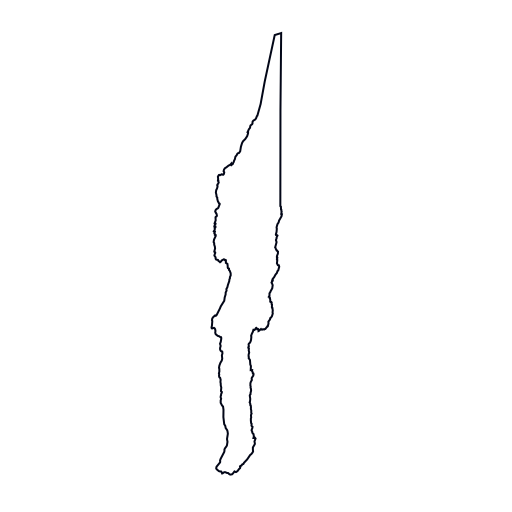 outline of Hrunamannahreppur, Suðurland, Iceland, rotated 302°
{"feature_id": "244011B85072287894251", "entity_name": "Hrunamannahreppur", "entity_type": "district", "adm_level": 2, "iso_a3": "ISL", "parent_name": "Iceland", "parent_adm1": "Suðurland", "projection": "equal_earth", "projection_center": [-19.797, 64.432], "detail": "fine", "context": "isolated", "style": "outline", "palette": "ink", "viewbox_px": 512, "rotation_deg": 302, "n_neighbors": 0, "source": "geoboundaries", "source_scale": "gbopen_adm2", "svg_char_len": 6092}
<svg xmlns="http://www.w3.org/2000/svg" viewBox="0 0 512 512"><g transform="rotate(302 256 256)"><path d="M59.5,351.7L61.9,351.9L62.0,353.3L62.2,353.6L63.8,354.3L66.4,354.5L67.6,354.9L68.3,354.7L68.9,354.0L69.4,353.9L69.9,354.1L70.4,354.7L72.1,354.8L72.9,355.5L74.3,355.4L78.8,356.3L84.2,356.5L85.5,357.0L87.5,357.2L88.7,357.1L90.1,356.0L92.0,354.8L95.7,354.7L96.4,354.4L97.9,353.0L101.0,352.3L101.4,351.1L100.6,350.8L100.3,350.3L102.0,349.7L103.7,348.2L103.8,347.4L104.2,346.5L105.2,345.7L105.6,344.8L106.4,344.4L108.0,344.1L109.3,343.6L109.4,342.8L109.7,342.1L111.4,341.2L111.7,340.4L113.8,338.8L115.4,337.8L116.5,337.5L118.0,336.3L119.2,335.8L120.0,335.8L120.6,335.0L122.4,333.9L123.6,332.7L125.0,331.9L126.3,330.9L126.5,330.7L126.5,330.2L127.8,329.3L128.6,328.1L129.2,328.1L131.7,326.9L134.3,324.7L134.9,324.5L135.9,324.6L136.8,324.0L139.2,323.2L140.7,322.1L141.4,321.2L142.7,320.5L143.1,319.9L145.3,318.6L146.7,318.3L148.7,318.2L149.5,317.4L150.5,317.0L153.1,317.1L154.6,316.5L155.0,316.0L154.8,315.5L155.8,314.6L156.3,313.6L157.2,313.2L156.4,312.0L160.0,310.0L160.9,308.7L164.6,306.0L165.5,303.9L166.5,303.5L167.2,302.7L168.7,301.9L170.5,301.4L172.3,299.7L173.7,299.1L174.2,298.5L174.1,298.1L174.6,297.8L175.6,297.8L177.2,296.5L177.9,296.4L179.2,296.8L180.6,296.7L182.1,296.3L185.0,294.9L185.6,294.2L187.8,293.7L190.0,293.5L192.1,292.9L192.4,293.4L192.2,293.7L192.5,293.9L193.4,294.2L194.7,294.1L195.2,294.3L195.1,295.0L194.6,295.8L195.2,296.4L195.1,296.9L193.7,297.9L194.2,298.2L196.6,298.9L196.5,299.1L196.8,299.8L196.7,300.2L197.6,300.7L197.9,301.3L197.9,301.8L198.8,302.2L199.1,302.6L201.3,302.8L202.0,303.1L202.4,302.9L202.8,303.2L205.3,302.4L206.9,301.3L209.7,301.5L210.2,301.2L211.2,301.0L211.8,301.4L213.5,301.4L216.1,300.7L217.1,299.8L218.5,299.2L220.6,297.5L220.6,297.1L220.9,297.0L221.0,296.6L223.3,295.3L223.5,294.7L224.9,293.9L225.1,293.3L224.7,292.6L224.8,292.3L226.3,291.4L227.3,290.4L227.7,290.2L228.0,289.8L227.8,289.6L228.3,289.1L228.2,288.5L229.6,288.4L231.5,287.2L232.8,287.3L233.4,287.1L237.2,286.9L240.1,285.6L241.4,283.9L241.6,283.3L242.7,283.2L243.9,283.3L244.1,283.2L243.8,282.7L245.3,282.3L247.7,282.6L250.6,282.4L252.6,282.7L254.6,282.2L255.5,282.5L259.2,281.4L260.2,280.3L259.8,279.4L260.9,277.6L263.5,276.4L264.2,275.9L264.1,275.6L264.5,275.3L265.9,275.0L266.1,274.8L266.0,274.4L266.4,274.1L267.4,273.7L269.6,273.3L271.4,272.3L271.5,271.4L271.8,271.0L271.6,270.6L272.4,269.2L273.2,268.3L273.4,267.7L278.4,266.2L279.3,265.5L279.6,264.9L280.2,264.4L281.9,264.1L282.7,263.6L284.7,263.4L284.8,263.2L284.6,262.8L284.8,262.1L284.5,261.7L284.8,261.4L287.2,260.7L290.2,259.2L290.8,258.5L291.7,258.1L294.4,257.3L296.1,257.4L297.1,257.2L298.2,256.8L303.1,256.6L305.0,255.9L304.7,255.4L304.8,255.2L307.3,254.2L307.6,253.6L308.5,253.2L308.7,252.6L311.1,250.9L311.2,250.2L392.9,199.3L458.4,159.2L453.3,154.8L408.7,170.9L387.3,179.4L375.7,182.8L375.2,182.6L372.7,183.1L371.3,183.0L369.6,182.1L368.5,181.9L367.9,182.0L366.5,182.8L365.8,182.9L363.9,182.2L363.1,182.3L361.6,183.0L359.7,182.8L356.9,183.2L356.7,183.2L356.8,183.7L355.7,184.3L352.9,185.0L349.4,184.9L346.5,184.2L344.5,184.3L340.7,185.3L336.4,187.1L334.4,187.0L333.5,186.2L332.7,186.0L331.2,186.2L329.4,185.9L326.8,186.8L325.2,186.9L324.0,187.3L323.1,187.2L322.0,187.6L320.0,186.9L320.1,186.7L321.0,186.0L319.7,185.8L318.1,184.8L315.5,183.9L313.9,183.1L312.3,183.1L310.7,183.6L310.2,184.7L308.6,185.3L307.6,185.2L307.4,185.0L307.4,184.3L307.1,184.0L307.1,183.6L305.4,182.6L305.3,181.8L305.0,181.6L303.8,181.6L303.0,181.7L301.4,183.0L299.9,183.7L300.0,184.1L299.3,184.4L298.8,185.3L297.4,185.6L296.2,185.4L295.5,185.6L295.1,185.9L295.0,186.3L294.2,186.7L292.5,187.2L290.9,187.3L288.6,188.3L286.7,190.2L285.5,191.0L285.0,192.2L283.9,192.9L282.0,194.9L281.7,195.8L281.0,196.7L281.1,197.4L280.9,197.7L276.8,198.5L276.0,198.3L275.1,197.7L273.9,197.4L272.3,197.7L271.9,198.0L271.6,198.9L271.2,199.2L270.9,200.1L269.6,201.4L268.8,201.6L267.8,201.1L267.3,201.2L264.9,202.9L261.6,203.6L261.5,203.8L261.9,204.6L261.7,204.7L260.1,204.7L258.9,205.0L258.5,205.5L259.2,206.2L258.9,206.4L257.4,206.4L256.3,207.2L254.5,207.1L254.3,207.7L254.6,208.3L253.2,208.7L253.2,209.1L252.1,209.9L252.4,210.7L251.7,211.2L247.7,211.7L245.3,212.7L244.8,213.7L243.4,214.6L242.3,216.0L240.7,217.3L237.6,218.3L237.4,218.6L237.5,219.4L237.1,219.8L235.4,220.1L234.3,220.5L233.5,222.4L232.3,223.2L231.9,224.0L231.9,224.3L232.5,225.8L231.9,226.8L231.9,228.0L231.7,228.8L232.7,229.2L234.1,229.3L236.2,230.5L236.3,231.2L236.0,231.8L236.5,232.3L236.5,232.7L234.2,234.1L234.2,235.9L232.4,237.4L231.5,237.9L230.8,238.7L231.0,239.8L229.8,240.6L229.6,241.5L228.0,243.6L226.2,244.8L224.2,245.1L223.3,245.7L221.9,245.9L220.6,246.6L216.6,247.5L214.2,248.3L212.3,248.4L211.0,249.4L209.0,249.6L207.3,250.6L204.3,251.4L201.2,252.8L194.6,252.8L192.4,253.2L185.1,253.9L184.0,253.6L184.1,253.0L183.8,252.7L181.0,252.0L179.6,252.1L178.2,252.7L177.7,253.4L173.5,255.6L171.9,256.1L171.2,256.8L171.3,257.2L172.8,258.4L172.8,259.0L172.3,260.1L171.0,261.3L169.3,262.1L168.3,263.3L168.0,265.9L168.4,267.3L168.3,269.0L168.6,269.4L168.2,269.9L167.4,270.4L164.5,271.6L162.5,272.0L161.0,273.7L158.9,274.3L158.0,274.9L157.5,275.3L156.9,276.4L156.8,277.1L157.1,277.9L156.9,278.2L155.5,279.2L153.7,279.7L151.0,281.8L149.1,282.4L146.7,282.4L143.7,283.0L141.5,283.9L141.0,284.6L138.7,286.1L136.7,286.8L136.2,287.5L135.2,287.9L134.0,288.8L133.7,289.4L133.7,290.1L132.3,291.6L130.3,292.6L129.1,293.7L127.7,294.6L126.0,296.3L123.0,297.8L122.7,298.1L122.6,299.1L122.0,299.4L120.4,299.6L119.3,300.2L118.5,300.3L117.4,300.9L116.6,302.0L114.3,302.8L113.9,303.2L112.8,303.8L111.2,306.5L110.9,307.8L108.4,309.9L102.1,313.7L96.5,318.2L95.7,319.9L94.0,321.5L93.1,323.7L92.4,324.6L90.4,326.3L85.4,328.4L83.3,330.3L80.0,331.7L79.0,331.8L76.2,331.6L74.9,331.9L74.1,332.5L72.9,332.9L65.2,333.5L63.5,333.9L62.5,334.7L61.9,334.9L56.4,334.2L54.9,334.7L54.3,335.6L53.9,338.5L54.1,339.4L54.8,340.6L54.7,341.0L53.6,342.5L53.9,342.8L55.6,343.5L56.1,344.0L56.5,344.9L56.5,345.9L57.2,347.6L56.9,348.5L56.9,349.7L57.1,350.2L58.2,351.4L59.5,351.7Z" fill="none" stroke="#020617" stroke-width="2"/></g></svg>